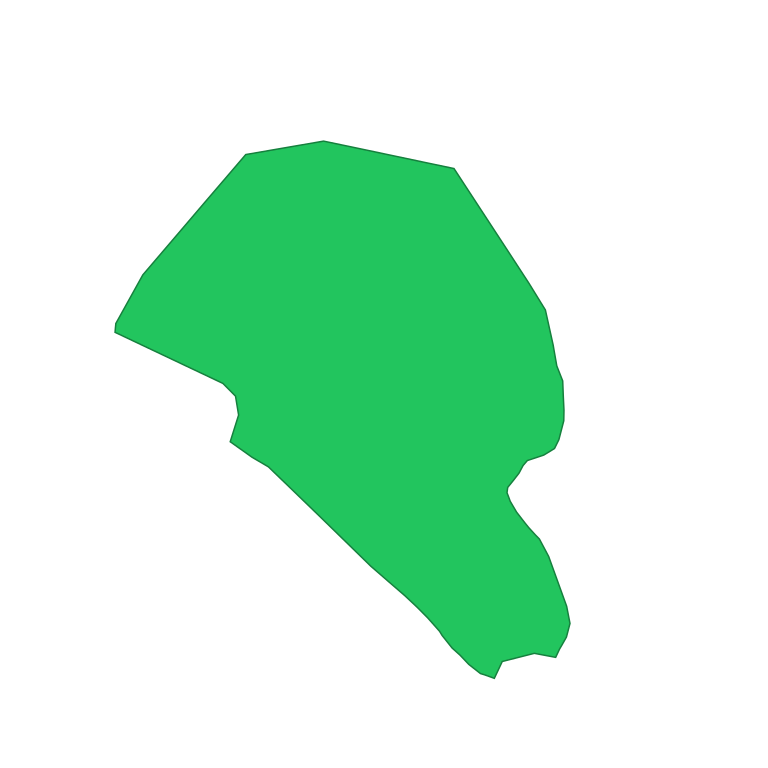 outline of Abu Jabrah, Eastern Darfur, Sudan, rotated 204°
{"feature_id": "16777658B57508233382932", "entity_name": "Abu Jabrah", "entity_type": "district", "adm_level": 2, "iso_a3": "SDN", "parent_name": "Sudan", "parent_adm1": "Eastern Darfur", "projection": "orthographic", "projection_center": [26.739, 10.949], "detail": "fine", "context": "isolated", "style": "filled", "palette": "green", "viewbox_px": 768, "rotation_deg": 204, "n_neighbors": 0, "source": "geoboundaries", "source_scale": "gbopen_adm2", "svg_char_len": 1227}
<svg xmlns="http://www.w3.org/2000/svg" viewBox="0 0 768 768"><g transform="rotate(204 384 384)"><path d="M116.0,204.1L115.8,213.4L115.3,217.7L114.4,227.0L116.7,240.9L126.7,255.2L163.4,293.4L179.0,305.6L184.8,307.9L193.4,311.7L194.6,312.3L199.1,314.6L210.8,320.9L221.0,328.2L224.3,331.6L227.4,334.7L228.8,339.4L228.9,339.9L226.6,348.5L224.4,357.5L223.8,366.1L221.9,372.4L210.7,382.6L209.1,384.1L202.0,394.4L201.6,404.3L204.8,423.5L208.9,433.2L215.3,445.9L222.0,459.5L233.5,470.8L243.2,485.2L245.1,488.1L266.7,517.3L292.3,534.8L325.2,556.1L407.4,609.1L407.7,609.3L437.4,602.9L511.7,587.0L520.4,585.1L538.0,581.3L575.8,556.0L603.6,537.4L603.7,537.1L611.2,511.9L621.7,476.7L634.7,432.8L648.7,385.6L653.6,330.1L653.5,329.9L653.3,329.4L653.0,328.4L652.9,328.2L652.6,327.3L652.5,326.9L651.9,325.2L651.8,324.9L651.3,323.5L651.2,323.2L651.1,322.9L650.8,322.1L650.7,321.8L531.4,319.0L514.7,312.5L504.2,296.5L501.0,268.7L474.7,263.4L455.9,261.3L440.0,255.5L433.6,253.2L385.6,235.7L321.7,212.1L299.4,205.3L278.6,199.0L263.1,193.6L248.9,188.1L232.7,180.7L228.6,177.9L214.4,170.5L204.2,167.2L192.4,162.3L178.1,158.7L174.1,159.2L163.5,160.0L163.1,178.6L137.1,199.1L116.0,204.1Z" fill="#22c55e" stroke="#15803d" stroke-width="1.5"/></g></svg>